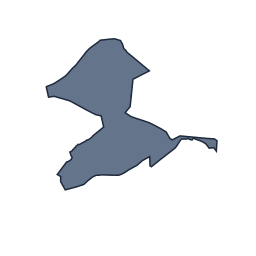 the district of Santiago Matatlán, Oaxaca, Mexico, rotated 290°
{"feature_id": "50627088B54513181179027", "entity_name": "Santiago Matatlán", "entity_type": "district", "adm_level": 2, "iso_a3": "MEX", "parent_name": "Mexico", "parent_adm1": "Oaxaca", "projection": "mercator", "projection_center": [-96.433, 16.804], "detail": "fine", "context": "isolated", "style": "filled", "palette": "slate", "viewbox_px": 256, "rotation_deg": 290, "n_neighbors": 0, "source": "geoboundaries", "source_scale": "gbopen_adm2", "svg_char_len": 2168}
<svg xmlns="http://www.w3.org/2000/svg" viewBox="0 0 256 256"><g transform="rotate(290 128 128)"><path d="M147.3,213.0L145.0,204.9L143.3,198.5L142.2,194.2L141.4,191.2L140.5,187.8L138.8,181.2L138.3,179.5L131.9,173.6L132.6,171.1L132.7,170.6L133.7,169.5L135.2,167.7L137.3,165.3L138.6,158.9L139.1,155.2L139.6,151.8L140.2,146.7L140.2,144.2L140.1,139.5L139.9,133.6L139.8,131.9L139.8,129.6L139.7,127.3L141.3,120.6L141.4,120.1L148.8,122.7L156.9,120.7L157.2,120.5L157.3,120.5L157.7,120.4L157.8,120.3L158.3,120.2L158.6,120.1L158.5,120.3L175.5,116.0L178.5,118.8L181.6,121.6L183.9,123.7L185.5,125.3L189.0,128.5L193.9,115.0L198.9,101.0L200.1,99.6L201.0,97.5L201.1,97.0L203.9,94.9L205.0,94.1L207.6,91.0L207.3,85.0L205.5,80.9L203.8,77.5L201.0,71.9L199.3,71.1L191.9,66.1L189.3,64.5L185.4,62.7L181.4,61.5L169.0,57.4L165.4,55.5L157.3,52.3L155.0,51.1L150.4,47.8L144.3,43.1L140.9,39.4L139.1,37.3L138.7,37.1L129.8,42.8L132.5,47.7L133.6,64.0L130.7,83.1L129.5,93.2L130.0,97.0L130.2,98.6L120.6,104.8L108.9,97.8L107.8,97.5L105.2,96.1L104.0,95.2L103.5,94.8L103.0,94.0L102.6,93.6L102.4,93.2L101.1,92.6L100.3,92.0L99.7,91.3L98.8,90.6L97.9,89.6L95.9,88.1L95.8,87.5L95.6,86.7L95.0,86.5L94.3,86.2L93.7,85.7L93.3,85.4L92.8,85.4L91.9,85.3L90.9,84.4L90.3,84.4L89.4,84.0L88.8,83.6L87.4,83.2L86.5,82.6L85.5,81.6L85.0,82.1L84.6,82.4L84.2,82.7L83.2,83.4L82.3,84.2L81.5,85.5L80.8,85.6L80.3,85.4L79.9,85.3L79.0,85.5L77.6,84.5L77.2,84.0L76.8,83.9L75.9,83.1L75.6,82.8L75.2,82.0L68.7,80.0L60.1,77.4L59.4,81.3L54.5,83.1L48.4,90.2L55.4,100.2L60.0,105.9L64.2,108.0L69.8,111.4L72.7,114.2L73.4,116.2L75.0,119.4L78.6,130.3L79.5,132.8L80.0,134.3L80.5,135.5L82.0,137.3L83.3,138.6L85.6,140.6L89.1,143.1L89.3,143.3L96.0,149.2L100.9,151.9L102.4,152.8L104.3,154.4L108.5,158.2L100.0,161.6L99.6,163.2L103.8,165.8L107.1,167.8L110.3,169.7L112.4,171.1L123.0,177.7L125.4,179.2L127.7,179.9L129.0,180.2L131.5,180.8L133.8,181.3L135.9,182.1L137.0,184.9L137.4,186.4L138.5,187.5L138.4,190.0L138.6,192.3L141.0,192.9L140.6,195.1L140.7,199.8L140.5,202.8L139.7,206.7L138.4,208.7L136.8,211.2L137.6,212.9L138.1,213.5L138.7,215.2L138.1,216.4L136.5,218.9L146.5,216.0L147.3,213.0Z" fill="#64748b" stroke="#1e293b" stroke-width="1.5"/></g></svg>